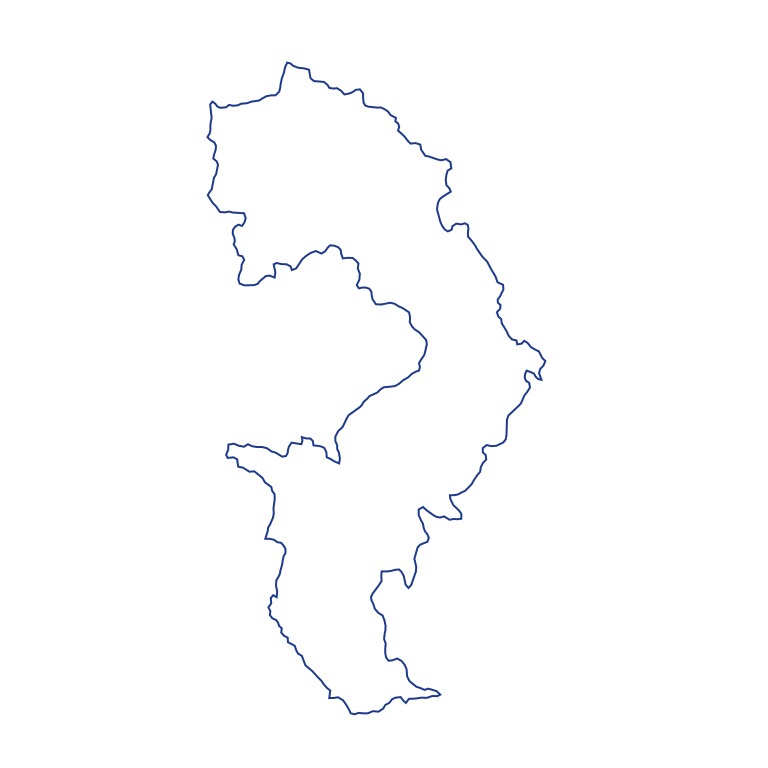 Inhapim, Minas Gerais, Brazil, rotated 86°
{"feature_id": "56859067B8939369455012", "entity_name": "Inhapim", "entity_type": "district", "adm_level": 2, "iso_a3": "BRA", "parent_name": "Brazil", "parent_adm1": "Minas Gerais", "projection": "albers", "projection_center": [-41.95, -19.485], "detail": "fine", "context": "isolated", "style": "outline", "palette": "blue", "viewbox_px": 768, "rotation_deg": 86, "n_neighbors": 0, "source": "geoboundaries", "source_scale": "gbopen_adm2", "svg_char_len": 6121}
<svg xmlns="http://www.w3.org/2000/svg" viewBox="0 0 768 768"><g transform="rotate(86 384 384)"><path d="M523.8,316.3L518.9,315.9L515.3,318.1L509.6,323.3L503.0,325.9L499.6,326.0L499.8,321.8L499.3,317.8L497.6,314.2L496.2,310.4L490.0,303.5L485.6,300.6L481.3,297.2L478.3,294.2L473.9,293.3L469.6,290.8L466.5,287.3L462.0,287.5L459.2,290.1L454.9,290.0L452.1,286.0L453.5,281.1L453.5,276.3L450.7,269.1L447.6,266.4L443.6,265.4L428.0,263.8L424.0,262.0L415.3,251.3L413.0,248.8L405.3,244.8L401.9,241.7L397.7,238.6L393.0,239.1L390.8,242.1L387.3,243.2L383.9,242.5L380.6,240.8L382.5,236.5L384.2,233.6L387.2,232.3L389.8,229.9L390.8,226.7L383.8,228.6L379.8,227.0L376.9,223.8L372.4,221.4L369.0,224.4L362.3,227.2L360.7,230.0L357.6,234.7L352.9,238.0L350.7,241.2L353.3,243.8L353.8,248.3L349.8,248.8L348.5,253.1L345.0,256.0L339.1,258.4L331.6,262.3L327.4,262.5L324.8,265.2L320.3,266.4L316.9,262.8L313.3,262.3L310.9,264.7L307.7,264.7L304.6,262.1L298.0,258.3L293.4,258.3L290.5,263.6L284.4,265.3L277.0,269.1L269.2,272.5L263.7,277.1L255.6,281.9L252.4,283.3L249.6,285.0L245.8,287.6L242.8,289.9L238.8,289.7L234.7,288.9L231.0,289.4L229.3,292.2L230.2,295.7L229.1,300.7L231.3,304.7L234.9,305.8L236.2,309.7L234.1,312.6L230.5,314.8L226.5,316.4L213.8,318.9L209.6,318.2L206.1,317.1L203.2,315.2L201.2,312.3L196.8,304.0L193.4,305.1L190.0,307.8L184.7,308.2L179.5,307.1L175.6,305.6L173.6,301.8L167.3,302.2L164.0,306.4L164.8,311.2L163.7,315.1L160.3,323.0L159.2,326.9L152.9,330.6L147.7,331.1L145.9,335.7L146.0,340.8L142.7,343.6L138.8,346.1L135.5,349.0L132.3,352.3L128.4,350.9L125.0,351.8L122.9,354.3L119.3,353.6L116.3,358.6L112.5,361.0L110.4,363.6L108.0,367.5L107.8,371.4L106.3,380.1L104.9,383.3L102.0,384.7L97.4,384.9L92.5,384.6L88.4,387.5L88.6,391.6L90.5,394.7L91.7,398.0L92.4,403.3L88.5,406.3L85.7,410.1L85.7,414.2L84.8,417.9L81.8,419.4L78.5,422.8L76.9,432.8L73.8,436.0L65.2,436.9L63.5,442.0L62.6,447.4L60.2,452.5L57.8,454.8L56.6,458.1L61.2,460.6L66.6,462.2L72.0,464.6L77.7,466.2L81.7,467.0L85.2,468.2L88.4,472.1L88.2,476.5L88.7,481.3L90.5,485.2L92.5,488.8L93.1,496.7L94.3,500.8L94.5,507.2L95.8,510.4L95.9,515.3L94.8,519.2L96.9,522.1L97.1,528.2L95.4,531.0L92.6,532.8L90.3,535.4L93.0,537.9L106.7,537.4L111.4,538.7L115.2,539.3L118.3,539.4L121.8,540.4L125.4,542.9L128.5,540.3L131.0,536.5L134.6,535.0L138.6,535.6L142.6,537.2L147.1,538.6L150.4,535.3L153.7,534.3L162.9,536.8L166.3,539.2L177.8,542.3L180.6,544.8L183.4,546.6L191.7,542.1L194.8,539.3L201.0,535.6L201.7,530.5L201.2,526.5L202.4,522.9L203.9,511.7L209.0,510.4L213.0,511.9L216.4,514.6L214.9,518.1L216.8,521.6L219.8,524.0L223.7,524.4L227.5,523.1L231.0,522.8L234.2,524.2L239.4,521.5L245.4,520.3L246.7,516.4L250.4,514.8L255.2,517.7L260.0,518.4L265.0,521.0L269.6,522.0L273.8,521.0L275.9,516.1L276.3,506.7L275.2,502.9L272.6,500.6L268.1,494.3L267.9,490.5L270.2,485.7L265.0,484.6L257.0,485.7L255.8,482.7L257.2,478.1L257.8,472.8L260.1,469.1L263.9,467.9L262.6,463.6L253.8,456.8L250.7,452.7L248.2,448.1L246.6,442.8L249.5,437.2L247.5,433.4L244.0,430.6L241.9,428.1L242.5,424.2L244.3,420.2L247.1,417.9L251.1,417.6L255.8,416.3L255.6,411.1L256.1,406.5L258.5,403.9L261.9,401.1L267.0,402.1L272.2,400.4L278.3,401.3L283.4,404.3L286.8,402.4L286.3,399.0L286.5,395.5L288.0,391.9L291.3,390.1L295.0,390.1L298.9,389.4L303.9,386.5L304.5,381.3L303.4,372.1L304.7,367.8L307.4,364.2L309.4,360.4L314.3,354.0L319.5,353.3L324.3,354.0L328.6,352.0L331.8,349.4L334.8,345.4L343.0,338.9L347.1,338.5L353.8,340.4L357.8,341.8L362.0,345.1L365.6,347.6L369.6,347.0L373.0,348.1L374.0,351.6L375.8,355.5L379.1,359.5L381.6,364.6L384.9,369.1L386.8,373.1L387.1,377.6L387.2,384.4L389.4,388.3L392.1,391.3L395.0,399.3L397.5,401.7L400.3,405.5L403.3,407.4L405.5,409.9L412.6,421.4L415.7,423.6L419.2,425.5L424.1,428.4L427.8,433.0L433.1,436.2L437.4,436.5L442.0,435.0L445.7,435.2L449.1,433.8L455.5,433.2L460.1,434.3L457.6,439.1L454.9,442.9L453.1,446.2L447.9,446.3L443.6,448.0L441.8,451.4L440.9,455.1L440.4,458.6L435.9,459.0L433.3,461.2L432.8,465.7L431.3,469.6L434.6,469.3L438.3,470.6L436.1,480.2L439.6,483.1L442.8,484.3L446.1,484.9L449.0,486.8L449.4,490.5L444.8,497.1L443.5,500.8L439.8,505.4L438.3,510.2L438.0,515.3L436.8,520.1L434.6,523.9L436.8,528.0L435.6,532.8L433.1,537.9L433.6,543.5L438.7,544.0L443.5,546.4L446.8,545.2L446.7,539.2L449.0,535.6L452.3,535.6L456.4,535.1L457.5,530.8L462.1,524.3L462.1,519.4L469.2,511.8L473.8,509.6L478.9,503.6L482.9,503.0L486.1,500.9L490.9,501.0L500.1,502.9L505.7,503.0L509.9,504.2L516.2,507.5L519.2,509.6L522.4,510.2L530.1,513.2L530.5,508.6L531.8,504.5L534.3,501.6L535.3,497.7L538.3,495.4L541.6,493.8L545.7,494.0L548.3,495.9L552.3,497.2L557.3,498.3L562.2,500.1L566.3,501.2L569.6,503.1L572.3,505.1L577.6,505.8L583.5,505.0L589.2,506.0L587.0,509.3L589.6,511.9L595.0,511.8L598.7,514.9L602.8,513.2L606.6,514.0L610.0,511.6L611.9,508.1L614.7,506.3L618.0,505.5L620.7,503.0L624.8,503.9L628.3,501.1L630.3,497.8L634.9,497.8L638.9,491.3L643.3,490.2L646.9,488.6L649.5,484.9L659.2,482.0L665.1,475.8L672.2,470.2L675.5,467.3L679.2,465.1L682.8,462.5L686.1,459.0L693.4,460.5L693.7,456.0L693.3,451.7L696.7,446.9L701.3,444.1L706.4,441.6L710.1,440.3L711.4,436.5L710.3,432.2L711.0,428.5L711.4,423.2L709.6,417.8L710.5,412.4L707.8,407.5L704.2,405.0L702.5,401.0L699.0,397.9L697.7,394.4L697.5,389.2L701.0,387.0L703.7,384.4L699.8,381.1L700.0,374.7L699.5,368.5L700.1,363.3L698.6,357.5L699.1,352.6L697.8,349.6L694.0,353.0L691.0,361.1L692.0,364.9L690.1,368.4L688.2,372.9L682.3,379.2L677.4,381.3L669.9,381.4L665.8,382.9L661.6,385.7L658.8,390.0L660.2,394.6L660.4,398.8L656.9,401.0L652.5,401.5L648.4,401.3L643.2,400.4L638.4,401.7L633.3,400.8L629.3,399.7L625.0,399.3L620.0,400.0L614.9,401.5L611.8,405.7L607.7,408.8L602.6,410.0L598.9,411.6L595.5,411.8L592.1,409.8L584.8,403.5L580.3,400.1L575.5,400.1L570.8,399.4L571.2,393.4L570.8,389.1L570.1,385.8L570.1,381.9L572.6,379.7L576.7,377.7L585.9,376.4L589.2,373.8L586.5,370.9L573.1,365.2L568.6,364.6L560.4,365.9L549.3,361.8L546.8,359.1L544.4,351.7L540.6,350.0L536.8,351.3L533.8,353.4L530.5,354.4L526.2,354.9L522.1,356.8L517.1,358.5L511.7,358.2L509.4,353.6L512.9,350.4L517.8,344.5L520.0,341.4L521.1,337.5L520.3,333.2L524.0,328.1L523.5,323.7L524.0,320.1L523.8,316.3Z" fill="none" stroke="#1e3a8a" stroke-width="2"/></g></svg>